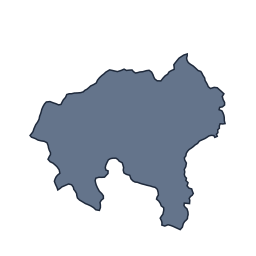 the district of Vargem Bonita, Minas Gerais, Brazil, rotated 106°
{"feature_id": "56859067B90088641523140", "entity_name": "Vargem Bonita", "entity_type": "district", "adm_level": 2, "iso_a3": "BRA", "parent_name": "Brazil", "parent_adm1": "Minas Gerais", "projection": "robinson", "projection_center": [-46.322, -20.439], "detail": "fine", "context": "isolated", "style": "filled", "palette": "slate", "viewbox_px": 256, "rotation_deg": 106, "n_neighbors": 0, "source": "geoboundaries", "source_scale": "gbopen_adm2", "svg_char_len": 3404}
<svg xmlns="http://www.w3.org/2000/svg" viewBox="0 0 256 256"><g transform="rotate(106 128 128)"><path d="M206.9,178.4L204.9,176.7L202.8,175.3L201.1,173.2L199.6,171.4L198.2,169.7L198.1,166.6L200.0,164.2L201.9,163.2L203.4,161.2L205.1,159.4L207.0,158.6L209.2,157.3L210.6,154.7L211.6,150.9L212.4,148.1L212.6,145.8L213.1,142.5L214.0,139.2L215.5,136.4L215.1,132.8L212.1,132.6L209.6,133.3L207.2,134.4L204.7,133.7L202.6,132.2L200.0,133.0L198.3,135.1L196.7,138.1L194.0,140.8L191.6,142.8L189.7,144.0L187.6,145.1L185.1,145.1L183.4,142.4L182.7,139.7L181.7,137.0L179.3,135.8L177.3,134.7L174.7,135.3L174.5,137.6L172.5,138.9L170.0,139.1L167.1,138.7L164.0,138.1L162.2,136.3L161.2,134.2L160.3,131.3L161.0,129.2L162.3,127.3L163.0,124.0L165.1,122.6L167.2,121.3L169.8,121.0L172.3,119.5L173.0,116.9L173.0,113.3L176.1,111.1L177.5,108.7L178.0,106.3L177.6,104.0L177.8,101.7L177.9,99.3L177.8,96.8L177.8,93.9L177.6,90.5L177.7,88.0L177.6,85.4L178.9,82.9L181.5,81.3L184.1,80.3L186.3,81.0L188.5,81.0L189.7,78.3L191.6,76.1L193.7,74.6L194.7,71.8L196.9,71.0L199.2,70.8L201.3,70.7L203.4,71.5L205.8,72.2L208.0,70.2L209.8,69.2L212.0,68.7L212.1,65.6L210.0,62.9L209.9,60.2L210.1,57.7L210.6,54.5L211.3,49.8L208.3,48.4L204.7,48.5L202.3,47.8L200.5,46.7L198.8,45.9L196.8,46.3L194.8,46.3L192.2,47.2L189.4,49.1L188.5,51.1L187.2,52.8L184.7,53.2L184.2,50.7L183.7,48.0L180.4,48.7L178.8,49.8L176.7,49.1L174.8,47.7L172.9,47.2L171.0,48.7L169.0,50.0L169.0,52.8L167.3,55.3L164.0,55.2L162.5,57.9L160.1,58.0L158.9,60.0L157.0,61.1L154.6,61.3L152.3,62.5L149.3,61.8L145.6,62.2L143.1,64.7L141.1,65.6L138.9,64.7L136.3,65.0L133.8,64.3L131.8,63.3L130.2,61.9L128.0,60.2L125.6,58.7L123.7,56.9L120.9,55.8L118.9,53.5L117.1,51.3L115.5,49.8L113.4,48.1L112.1,46.0L111.6,43.4L113.1,42.0L111.4,39.9L109.6,41.3L107.7,40.3L105.0,41.3L103.1,40.1L100.8,40.8L98.5,40.6L98.0,38.0L97.0,35.9L94.5,37.4L91.3,38.4L89.3,39.4L87.1,41.0L85.6,42.5L85.3,45.5L82.9,45.6L81.7,43.1L79.3,41.5L76.8,42.2L74.5,44.4L71.7,46.1L68.7,45.2L66.9,48.7L65.7,51.3L64.7,53.3L65.2,56.4L67.3,59.6L66.2,62.2L64.2,63.8L62.6,65.4L61.1,67.0L58.8,68.1L56.7,70.5L54.9,72.1L53.6,73.6L53.4,76.6L51.7,79.8L50.4,82.5L49.6,85.4L48.5,88.1L46.7,89.9L44.6,91.0L42.3,91.0L40.5,91.5L42.5,94.5L44.9,96.6L46.8,98.2L49.3,99.3L52.1,100.5L54.6,101.4L57.0,100.3L58.9,99.8L60.8,102.1L62.8,104.0L65.4,104.7L67.5,106.6L70.0,107.9L73.7,109.4L74.6,113.0L73.4,115.9L71.6,117.5L70.0,118.6L67.8,120.7L66.7,123.6L67.8,126.1L69.8,129.3L70.9,132.1L72.1,134.0L73.1,136.0L72.3,138.3L71.1,140.1L72.0,142.7L73.1,145.4L72.5,148.0L74.6,150.5L76.7,153.7L76.9,156.7L77.0,159.0L77.2,161.7L78.9,163.3L80.5,164.8L82.6,166.0L84.9,167.7L87.6,169.3L90.5,170.5L93.4,170.9L95.5,172.8L97.9,175.5L99.9,176.7L102.1,178.2L103.7,179.9L105.5,180.9L107.0,183.1L108.2,186.2L109.2,189.2L110.6,191.7L111.3,194.0L112.7,196.1L115.8,196.5L118.7,197.9L121.4,198.5L123.8,198.9L124.9,201.1L124.5,204.0L124.4,206.9L124.1,210.3L125.5,213.7L128.0,214.9L130.8,215.6L133.9,216.0L136.6,215.9L139.0,216.0L141.1,216.2L144.0,215.9L147.1,216.5L150.3,217.6L154.6,218.2L157.6,218.3L159.6,219.0L162.2,220.1L163.4,218.3L163.7,214.3L164.4,211.2L164.3,208.0L163.9,204.8L164.5,201.8L167.0,199.9L168.9,199.0L171.0,197.6L173.1,195.7L175.0,195.2L177.1,195.8L180.1,196.3L181.9,193.5L182.4,190.5L183.4,188.3L184.7,185.7L187.2,182.6L190.3,181.0L192.7,182.7L194.7,183.6L196.9,184.0L199.5,184.1L202.1,182.2L204.7,179.9L206.9,178.4Z" fill="#64748b" stroke="#1e293b" stroke-width="1.5"/></g></svg>